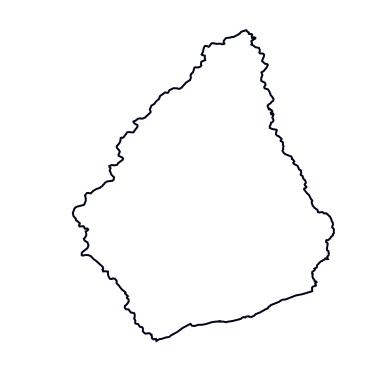 Maimine, Debub, Eritrea, rotated 72°
{"feature_id": "51966322B74270898723774", "entity_name": "Maimine", "entity_type": "district", "adm_level": 2, "iso_a3": "ERI", "parent_name": "Eritrea", "parent_adm1": "Debub", "projection": "equal_earth", "projection_center": [38.484, 14.552], "detail": "fine", "context": "isolated", "style": "outline", "palette": "ink", "viewbox_px": 384, "rotation_deg": 72, "n_neighbors": 0, "source": "geoboundaries", "source_scale": "gbopen_adm2", "svg_char_len": 5867}
<svg xmlns="http://www.w3.org/2000/svg" viewBox="0 0 384 384"><g transform="rotate(72 192 192)"><path d="M329.2,174.0L328.8,170.9L327.8,169.2L327.9,167.6L327.6,167.0L327.6,164.2L327.2,163.1L326.6,159.6L326.3,158.9L326.1,155.9L324.9,154.7L324.7,153.5L323.9,152.0L323.4,143.4L322.4,139.9L322.5,138.5L323.1,136.4L322.5,125.1L323.3,118.7L323.5,108.4L320.0,107.3L319.4,106.4L319.3,103.1L318.5,102.9L317.3,103.2L316.7,102.7L316.4,101.5L315.9,101.4L315.4,101.7L315.0,102.8L314.6,103.0L312.8,102.8L311.6,103.6L309.6,103.5L308.1,103.1L307.4,102.5L306.4,102.9L305.3,102.4L305.0,102.1L304.5,100.0L303.6,99.0L302.7,99.2L302.4,96.9L302.1,96.5L300.2,95.6L299.4,93.8L298.7,92.9L297.7,90.4L297.8,89.4L297.3,88.4L297.2,86.9L296.4,86.0L296.4,85.4L297.6,84.5L297.8,83.4L295.6,83.5L295.1,83.2L294.8,82.2L294.3,81.6L292.0,80.7L290.3,80.6L289.2,81.5L287.7,81.3L283.2,78.9L282.2,79.1L281.0,80.0L279.7,79.4L279.3,79.0L279.8,77.9L279.7,76.9L278.8,74.9L277.6,73.5L276.8,71.4L275.7,71.1L275.0,69.8L273.3,69.4L271.9,68.7L270.7,68.7L268.9,69.6L268.0,69.2L266.7,68.0L264.4,67.6L263.2,68.1L261.9,67.9L258.5,68.3L253.9,70.7L253.6,71.1L253.3,72.9L251.7,73.9L251.3,74.6L250.8,77.2L250.2,78.4L247.9,78.2L244.7,80.5L242.1,81.4L239.5,81.5L238.3,81.2L237.6,80.3L237.2,80.3L235.5,81.0L230.8,81.7L228.8,83.0L224.1,84.6L223.4,84.2L223.2,82.6L222.8,81.8L222.2,81.6L220.6,82.5L219.5,82.5L218.5,80.9L217.8,80.7L216.0,80.8L214.0,81.9L210.8,82.0L209.4,83.3L208.7,83.2L207.6,82.2L205.3,81.8L204.8,82.0L203.9,83.1L199.8,83.5L196.3,86.7L195.6,86.7L194.5,85.2L192.3,86.0L191.6,86.8L190.1,86.4L189.1,86.5L184.8,91.6L183.5,92.5L181.5,93.2L180.4,93.0L179.5,92.0L178.3,91.8L176.8,90.8L175.4,91.0L173.1,90.3L172.2,90.5L171.0,91.9L170.6,91.9L169.4,90.4L168.8,90.5L165.5,92.5L164.7,93.7L163.3,94.3L161.9,93.9L159.4,92.2L158.8,92.6L157.1,95.9L155.1,98.2L153.6,97.8L152.1,96.3L150.7,95.5L150.1,93.4L149.4,92.5L148.1,92.2L146.3,92.7L143.7,90.6L142.7,90.6L142.9,92.2L142.6,92.6L141.0,92.7L140.8,92.5L140.7,91.2L140.4,90.8L139.4,90.7L138.1,91.6L137.3,93.1L136.8,92.5L135.9,93.4L133.4,93.5L132.4,92.1L131.9,89.9L130.8,88.3L130.5,86.7L129.0,85.8L127.6,85.9L123.7,87.3L121.7,87.2L118.0,87.9L116.0,90.7L115.4,91.0L114.3,90.8L112.8,88.9L111.2,88.8L110.3,89.1L108.0,91.6L107.1,91.7L105.0,90.9L102.6,88.9L99.8,89.0L99.5,88.6L99.3,86.8L98.7,85.7L96.7,82.6L94.6,80.6L94.1,80.6L93.5,81.1L92.6,82.9L89.2,84.9L88.3,84.4L85.7,82.0L84.1,81.1L82.9,81.2L82.3,81.7L81.5,83.9L80.8,84.8L80.2,84.9L78.9,84.0L77.7,83.6L75.6,83.9L73.9,86.9L71.5,88.5L70.4,89.9L70.0,90.0L69.7,89.3L69.0,88.9L67.0,89.0L66.6,88.5L65.6,84.4L64.8,84.1L63.9,85.4L64.4,86.5L64.5,87.0L64.2,87.3L62.0,87.0L61.2,86.2L60.7,86.2L60.0,87.0L59.1,89.1L57.9,88.7L56.5,89.9L54.9,90.4L54.8,95.5L56.4,98.5L57.4,104.5L56.9,106.2L56.9,108.1L56.1,112.1L57.7,114.6L58.6,115.4L59.6,115.8L60.6,115.2L61.0,115.3L61.1,115.8L60.9,117.6L59.5,119.6L58.8,122.7L56.8,126.3L56.8,127.7L59.0,130.8L59.0,131.4L58.0,132.4L57.1,134.5L57.5,135.2L59.0,136.5L62.4,138.5L64.2,140.4L64.9,140.0L66.3,137.7L68.9,138.5L70.6,138.6L70.9,142.4L71.3,143.1L73.2,144.0L74.6,144.0L75.5,145.5L75.4,147.9L74.5,150.2L74.5,151.3L78.4,154.0L79.6,156.6L80.5,157.2L83.0,157.8L84.9,159.2L86.1,163.8L89.5,169.7L89.9,171.2L90.0,171.9L89.6,173.0L88.7,174.4L87.7,177.0L87.6,178.1L88.2,182.0L90.0,183.8L90.2,184.6L89.0,186.7L90.7,192.2L91.0,192.9L93.2,194.4L94.7,198.1L96.6,200.7L97.3,203.9L100.6,206.7L101.9,206.5L102.9,206.5L103.5,206.9L106.6,213.5L106.8,214.3L106.9,216.5L105.8,219.2L105.7,221.1L106.7,223.6L106.9,225.9L107.7,226.0L109.1,225.5L111.4,223.3L112.3,223.3L113.6,224.2L115.7,227.5L117.0,228.9L117.1,229.7L116.7,230.9L115.9,232.4L115.1,235.0L118.8,240.1L119.1,241.3L118.5,242.2L118.7,243.2L121.7,244.6L123.2,246.1L125.2,249.5L125.5,249.6L126.9,249.7L129.7,248.5L131.3,248.2L132.7,249.2L134.0,250.5L135.0,250.5L137.4,247.9L138.6,247.2L139.0,247.2L139.9,247.9L141.8,253.6L142.9,254.5L143.0,254.9L142.7,257.6L141.6,259.7L141.7,262.6L142.7,262.8L144.1,262.1L146.3,263.7L147.5,263.4L150.1,263.5L154.0,261.6L156.3,262.9L156.7,264.5L155.8,269.0L155.9,270.4L156.4,272.0L157.4,273.4L157.6,274.1L158.6,275.3L158.9,276.8L159.6,278.0L159.6,282.0L160.2,284.7L160.5,285.8L162.0,288.7L160.6,291.6L160.6,292.6L162.3,294.9L164.7,294.9L167.6,295.8L170.7,298.4L170.8,300.0L170.4,306.1L170.7,307.6L171.6,309.1L175.3,311.9L178.5,312.1L181.5,310.7L182.8,311.1L186.9,308.4L187.4,308.5L189.0,309.8L190.0,309.6L191.1,305.7L192.0,305.3L193.5,305.4L193.9,304.9L194.6,302.7L195.6,302.3L196.4,303.4L196.6,305.3L199.0,305.5L200.6,306.0L202.5,308.1L203.0,309.3L205.0,309.2L207.6,307.0L210.7,306.9L213.1,308.8L215.2,314.7L216.1,315.8L217.9,316.4L218.6,315.9L219.0,313.0L219.9,310.3L221.6,308.1L225.5,306.3L227.8,304.5L235.7,300.0L237.6,300.2L238.2,301.2L239.6,300.8L240.0,301.0L240.6,299.0L241.7,296.6L244.7,297.4L247.1,297.4L249.2,296.8L249.8,295.9L249.9,294.4L249.7,293.8L250.2,293.4L250.5,292.3L251.1,291.9L253.1,291.1L255.0,291.8L256.3,291.6L257.8,290.7L262.9,288.9L267.0,286.2L268.0,287.0L271.2,285.2L271.5,285.9L272.4,286.7L274.6,285.5L276.9,286.2L278.9,289.1L279.6,290.9L281.0,291.6L282.1,291.5L283.4,290.6L283.8,289.0L284.2,288.6L287.3,287.6L287.9,287.2L288.5,285.7L289.5,284.4L291.0,284.4L293.3,285.2L294.5,286.1L296.6,285.6L299.2,286.6L299.6,286.4L301.1,284.0L304.0,283.3L304.8,281.7L305.4,281.1L306.5,280.8L309.0,281.7L309.9,281.6L311.9,280.5L312.6,279.2L312.8,277.1L313.5,275.7L314.5,275.4L315.1,274.6L315.6,275.0L316.8,274.7L318.6,275.3L320.2,274.3L320.5,271.8L322.6,271.9L321.9,268.6L322.3,266.3L322.3,261.5L322.8,258.5L321.8,256.0L320.6,249.3L318.4,242.9L316.9,234.2L319.2,233.3L320.2,231.3L320.3,226.9L321.3,223.9L321.9,219.5L321.9,213.9L322.6,209.4L323.2,207.5L323.2,205.8L323.5,205.1L323.8,205.0L324.0,205.2L324.8,202.6L326.4,199.7L326.4,198.1L327.2,193.4L327.7,186.5L327.6,184.2L327.1,183.4L326.9,181.4L327.8,180.2L327.2,178.8L327.7,176.7L327.8,176.3L328.5,176.0L329.2,174.0Z" fill="none" stroke="#020617" stroke-width="2"/></g></svg>